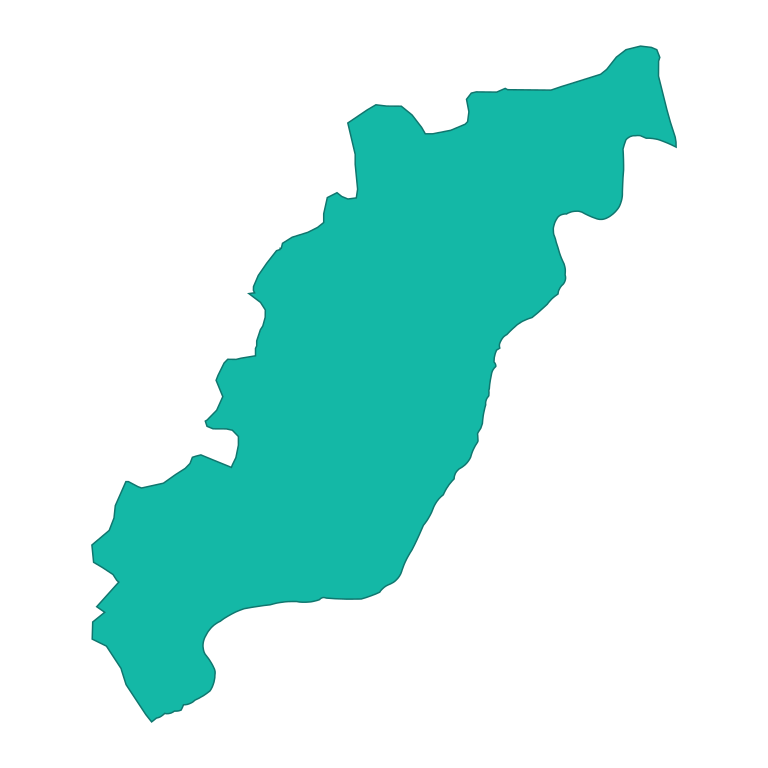 Talkha, Ad Daqahliyah, Egypt (Robinson projection)
{"feature_id": "37247803B18011904824806", "entity_name": "Talkha", "entity_type": "district", "adm_level": 2, "iso_a3": "EGY", "parent_name": "Egypt", "parent_adm1": "Ad Daqahliyah", "projection": "robinson", "projection_center": [31.404, 31.109], "detail": "fine", "context": "isolated", "style": "filled", "palette": "teal", "viewbox_px": 768, "rotation_deg": 0, "n_neighbors": 0, "source": "geoboundaries", "source_scale": "gbopen_adm2", "svg_char_len": 6109}
<svg xmlns="http://www.w3.org/2000/svg" viewBox="0 0 768 768"><path d="M347.8,123.0L355.2,154.4L355.2,164.3L357.6,189.2L356.3,197.9L347.9,199.0L341.8,196.5L337.0,192.7L327.3,197.6L323.7,213.8L323.7,222.5L317.6,227.4L307.9,232.3L292.2,237.2L282.5,243.3L281.3,248.3L280.1,248.3L280.1,249.5L276.5,250.7L266.8,263.1L258.3,275.4L253.5,286.6L253.4,290.3L254.6,292.8L248.9,293.6L260.5,302.4L265.3,309.9L265.2,317.3L262.8,326.0L260.4,329.7L256.7,340.9L256.7,345.9L255.5,348.4L255.5,355.8L241.0,358.2L236.2,359.4L227.7,359.3L224.1,363.0L218.0,375.4L216.1,380.3L222.8,396.6L216.7,410.2L207.0,420.1L205.3,421.1L207.0,426.3L213.0,428.8L226.3,428.9L232.3,430.2L238.4,436.5L238.4,445.2L235.9,457.6L232.3,465.0L231.4,467.4L213.0,459.9L200.9,454.9L196.1,456.1L192.4,457.3L190.0,463.5L185.2,468.4L175.5,474.6L163.4,483.2L141.6,488.0L138.0,486.7L128.4,481.6L125.9,481.6L115.3,505.6L114.0,518.0L109.2,530.4L91.9,545.0L93.6,562.3L102.4,567.5L113.0,574.5L116.8,580.4L118.8,582.1L96.7,606.7L104.7,612.3L92.7,622.0L92.2,639.1L106.4,646.1L121.2,668.7L121.4,669.8L126.1,684.7L145.9,714.7L151.6,721.9L153.7,720.3L156.4,718.1L158.0,717.7L159.2,717.3L160.3,716.8L161.4,716.1L162.9,715.0L163.9,714.2L164.7,713.4L165.8,713.6L166.8,713.7L168.5,713.6L169.5,713.4L171.1,713.0L172.1,712.5L173.1,712.0L174.4,711.1L176.4,711.1L177.9,711.0L179.3,710.7L181.1,710.1L182.4,707.5L183.5,704.8L185.5,704.7L187.4,704.4L189.2,703.8L191.0,703.0L192.1,702.4L193.2,701.7L194.2,700.8L195.2,700.0L199.0,698.2L201.2,696.9L203.4,695.7L206.6,693.5L210.0,690.9L211.1,689.2L212.3,686.9L213.2,684.5L214.0,682.0L214.5,679.4L214.8,677.7L214.9,675.3L215.1,673.4L215.1,671.8L214.9,670.7L214.5,669.2L212.9,665.8L211.7,663.6L209.8,660.5L208.4,658.4L206.9,656.5L205.0,654.0L204.1,652.1L203.7,650.8L203.4,649.4L203.2,648.0L203.0,646.6L203.0,645.2L203.1,643.8L203.3,642.4L203.6,641.0L204.0,639.6L204.7,637.7L205.4,636.4L206.1,635.1L207.2,633.1L208.1,631.6L209.2,630.2L210.3,628.8L211.4,627.5L212.7,626.3L214.0,625.1L216.1,623.6L218.3,622.2L220.2,621.3L224.0,618.5L227.8,616.2L231.7,614.0L235.6,612.0L239.7,610.3L244.1,608.7L251.9,607.3L257.9,606.4L263.9,605.5L270.1,604.8L273.8,603.8L276.6,603.1L279.5,602.6L282.4,602.2L285.3,601.8L288.2,601.6L292.6,601.5L296.6,601.5L299.3,602.0L302.5,602.2L305.7,602.2L308.9,602.0L311.1,601.8L313.2,601.4L315.3,600.9L317.3,600.4L319.6,599.6L320.1,599.0L320.7,598.5L321.6,598.0L322.7,597.6L323.4,597.5L324.5,597.6L325.2,597.7L326.0,598.0L326.8,598.1L335.1,598.7L340.6,598.9L346.1,599.1L351.6,599.1L361.2,599.0L366.2,597.5L371.0,595.8L375.7,594.0L379.7,592.2L380.7,590.7L381.7,589.6L382.7,588.6L384.4,587.1L386.2,585.9L387.5,585.2L388.8,584.6L390.5,583.9L393.1,582.5L394.3,581.7L395.4,580.8L397.0,579.2L398.0,578.1L398.9,576.9L399.7,575.7L400.8,573.7L401.6,571.6L402.2,569.7L403.1,567.2L404.1,564.5L405.3,561.8L406.6,559.1L408.0,556.5L410.2,552.7L411.9,550.0L414.5,544.9L416.9,539.9L419.2,534.9L421.4,529.9L423.4,525.3L425.3,522.9L426.8,520.8L428.1,518.8L429.3,516.7L430.5,514.5L431.6,512.3L433.8,506.8L434.6,505.2L435.5,503.6L436.9,501.4L438.0,500.0L439.1,498.6L441.0,496.7L443.3,494.8L444.3,492.6L445.4,490.5L446.5,488.5L447.8,486.6L449.1,484.6L450.6,482.8L452.1,481.0L454.1,478.9L454.3,476.7L454.8,475.0L455.4,473.4L456.0,472.4L456.6,471.5L457.8,470.2L459.0,469.0L460.0,468.4L461.5,467.5L462.3,467.0L463.6,466.0L464.9,465.0L466.1,463.8L467.2,462.6L468.7,460.6L469.6,459.2L470.6,457.3L471.4,454.6L472.1,452.5L472.9,450.5L473.8,448.6L475.3,445.7L477.4,442.4L477.8,441.6L478.0,440.8L477.7,435.0L477.5,434.0L478.0,432.6L480.8,428.2L482.4,423.5L482.7,420.0L483.2,415.8L483.7,413.0L484.3,410.3L484.9,407.6L485.7,404.9L485.6,403.2L485.7,402.1L485.9,401.1L486.4,399.5L487.1,398.1L488.8,395.8L489.0,392.5L488.9,391.3L488.9,390.1L489.3,388.8L489.7,384.4L490.4,379.8L491.7,373.1L492.2,371.5L492.7,370.4L493.3,369.4L494.3,368.0L495.8,366.5L495.8,365.4L495.5,364.3L495.0,363.2L494.1,362.1L494.0,361.6L494.3,357.5L495.2,353.7L496.5,350.2L499.8,348.1L499.5,346.9L499.4,346.0L499.4,345.0L499.5,344.1L499.8,343.3L500.1,342.4L501.5,339.7L502.5,338.2L503.2,337.3L504.0,336.5L505.4,335.4L506.8,334.6L509.7,331.6L512.4,329.0L517.2,324.7L519.0,323.5L520.8,322.3L522.7,321.2L524.7,320.3L526.7,319.4L528.7,318.6L532.1,317.5L537.9,312.7L543.6,307.6L547.3,304.2L548.4,302.7L549.8,301.1L551.9,298.8L553.5,297.4L555.1,296.1L558.0,294.0L558.2,292.7L558.4,291.5L558.8,290.3L559.6,288.7L560.2,287.6L560.9,286.6L561.7,285.6L562.9,284.5L563.6,283.7L564.1,282.9L564.6,282.0L565.0,281.0L565.3,280.0L565.5,279.0L565.6,278.0L565.5,276.5L565.1,274.7L565.3,272.0L565.3,269.6L565.1,268.1L564.8,266.6L564.1,264.0L562.5,260.6L561.4,258.1L560.4,255.5L559.5,252.9L558.0,247.7L556.2,242.2L555.4,238.9L554.7,236.9L553.8,234.6L553.5,232.9L553.4,231.0L553.3,228.7L553.5,227.2L553.9,225.6L554.6,223.2L555.2,221.7L555.9,220.3L557.2,218.1L558.0,217.0L559.0,216.1L560.3,215.2L561.8,214.6L563.3,214.2L564.4,214.0L565.4,213.9L566.5,214.0L568.0,213.1L569.3,212.6L570.6,212.1L571.9,211.7L574.3,211.3L576.7,211.2L578.1,211.2L579.4,211.4L581.9,212.1L584.8,213.7L588.3,215.4L591.9,217.0L596.8,218.8L598.0,219.1L599.7,219.4L601.6,219.4L602.8,219.3L604.5,218.9L606.2,218.3L608.0,217.4L609.6,216.5L611.0,215.5L613.1,213.9L615.0,212.1L616.2,210.8L617.9,208.7L618.9,207.2L619.4,206.3L620.1,204.7L620.7,203.1L621.5,200.5L621.9,198.8L622.3,196.2L622.4,194.5L622.4,191.7L622.7,183.9L623.0,177.7L623.6,170.0L623.6,165.2L623.5,159.6L623.3,154.0L623.0,149.1L624.2,144.8L625.1,142.2L625.9,139.9L627.0,138.7L627.9,138.0L628.8,137.4L629.7,136.8L630.7,136.4L631.7,136.1L632.7,135.8L633.8,135.7L635.5,135.7L637.4,135.5L640.2,135.6L646.2,138.2L649.5,138.2L652.6,138.5L655.7,139.0L657.7,139.4L659.6,140.0L662.6,141.1L667.6,143.1L671.2,144.7L676.1,147.1L676.0,142.1L675.2,137.1L670.4,122.2L666.9,109.7L658.5,76.1L658.6,61.2L659.8,57.4L656.8,49.7L651.4,47.4L640.5,46.1L626.0,49.7L616.4,57.1L606.7,69.4L600.6,74.3L561.3,86.6L551.0,90.1L507.6,89.7L505.2,88.4L496.7,92.1L476.2,91.9L471.3,93.1L466.5,99.3L468.9,111.8L467.6,121.7L465.2,124.2L450.7,130.3L432.6,133.8L425.3,133.8L421.7,127.5L412.1,115.0L401.3,106.2L386.8,106.1L375.9,104.8L367.5,109.7L347.8,123.0Z" fill="#14b8a6" stroke="#0f766e" stroke-width="1.5"/></svg>